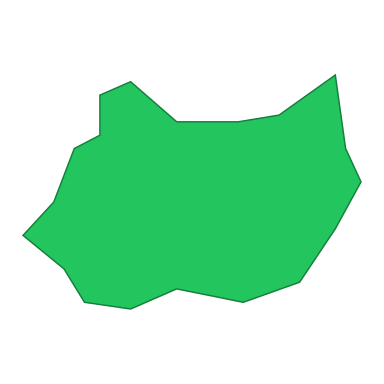 map outline of Kosovo Polje (Equal Earth projection)
{"feature_id": "KOS-5898", "entity_name": "Kosovo Polje", "entity_type": "District", "adm_level": 1, "iso_a3": "XKX", "parent_name": "Kosovo", "parent_adm1": "", "projection": "equal_earth", "projection_center": [21.026, 42.608], "detail": "fine", "context": "isolated", "style": "filled", "palette": "green", "viewbox_px": 384, "rotation_deg": 0, "n_neighbors": 0, "source": "natural_earth", "source_scale": "10m", "svg_char_len": 362}
<svg xmlns="http://www.w3.org/2000/svg" viewBox="0 0 384 384"><path d="M176.7,121.8L238.1,121.8L279.0,115.1L335.3,75.0L345.6,148.5L361.0,181.9L335.4,228.7L299.6,282.2L243.2,302.3L176.6,288.9L130.6,309.0L84.5,302.3L64.0,268.9L23.0,235.4L53.8,202.0L74.3,148.5L99.9,135.2L99.9,95.1L130.6,81.7L176.7,121.8Z" fill="#22c55e" stroke="#15803d" stroke-width="1.5"/></svg>